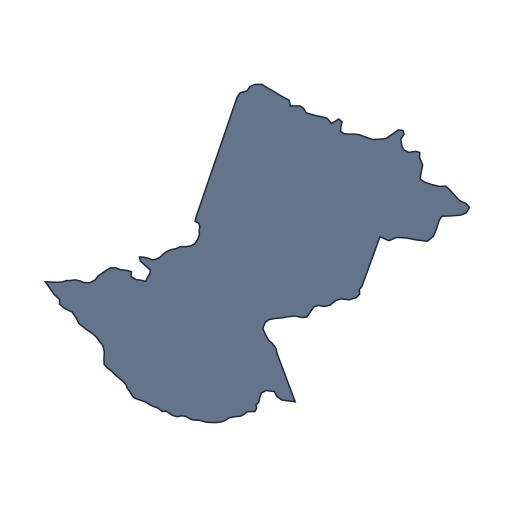 outline of Novo Brasil, Goiás, Brazil, rotated 97°
{"feature_id": "56859067B90226026363141", "entity_name": "Novo Brasil", "entity_type": "district", "adm_level": 2, "iso_a3": "BRA", "parent_name": "Brazil", "parent_adm1": "Goiás", "projection": "natural_earth1", "projection_center": [-50.63, -16.056], "detail": "fine", "context": "isolated", "style": "filled", "palette": "slate", "viewbox_px": 512, "rotation_deg": 97, "n_neighbors": 0, "source": "geoboundaries", "source_scale": "gbopen_adm2", "svg_char_len": 2590}
<svg xmlns="http://www.w3.org/2000/svg" viewBox="0 0 512 512"><g transform="rotate(97 256 256)"><path d="M421.8,330.0L420.9,326.6L422.5,323.1L424.4,319.5L425.1,314.7L423.7,310.3L423.7,306.0L425.2,302.8L426.4,298.8L426.0,291.8L427.1,284.9L426.4,276.5L425.3,271.4L423.5,267.3L419.8,262.8L418.0,257.0L417.0,252.1L415.2,249.2L411.6,245.8L410.5,238.2L407.0,236.8L403.9,237.9L400.8,235.4L395.7,235.0L391.1,233.9L388.3,229.5L388.3,221.3L393.0,218.0L395.8,212.8L395.9,199.3L350.2,223.2L346.2,224.5L343.3,226.7L340.8,229.0L337.9,233.4L332.8,237.1L327.0,240.4L321.0,238.8L317.6,235.5L315.5,228.7L314.2,222.6L312.4,216.8L310.7,209.2L311.5,203.1L310.4,198.2L299.3,192.2L297.5,188.1L297.8,182.1L295.7,176.4L290.3,171.2L288.2,166.0L288.1,158.2L285.0,151.3L281.1,148.4L276.7,149.4L273.7,147.3L221.7,135.3L223.2,130.8L224.6,125.9L220.4,118.7L219.8,108.9L220.5,98.5L220.4,87.8L214.9,82.3L207.7,80.3L203.6,79.5L198.2,78.5L193.9,76.3L192.5,67.7L190.5,57.9L187.6,52.7L181.8,50.0L178.4,54.0L176.2,60.6L171.9,65.8L167.2,71.1L163.5,76.3L164.6,82.1L163.7,90.2L162.0,98.2L159.4,102.6L145.2,101.7L138.2,105.7L133.3,106.0L132.6,110.0L134.5,116.9L132.8,121.9L129.9,124.3L122.3,126.6L117.1,123.9L113.5,125.3L113.5,130.1L116.5,133.3L123.6,141.4L125.2,148.7L126.2,154.8L123.0,168.4L123.0,173.3L123.9,180.5L123.9,183.8L121.8,187.2L116.7,187.6L112.6,186.8L109.9,190.5L115.3,197.3L110.7,202.1L109.9,207.5L109.4,213.2L108.6,218.4L107.8,223.8L103.6,226.7L101.7,230.9L102.9,240.2L97.5,242.0L93.4,252.1L91.1,256.9L88.5,263.3L84.9,271.3L85.9,278.1L88.3,282.4L93.1,285.0L96.2,291.9L100.6,294.1L224.0,320.1L228.9,320.7L230.5,316.8L234.0,315.2L238.1,315.5L241.3,314.8L246.0,315.7L251.5,318.3L254.1,322.4L255.3,326.9L255.8,332.0L258.4,336.1L260.1,341.2L262.4,345.2L265.9,348.8L268.8,350.9L271.2,354.7L272.5,358.5L271.4,362.3L270.9,367.1L271.1,371.5L275.1,370.2L282.9,359.2L286.1,359.2L290.2,361.0L294.6,362.3L294.0,367.9L294.1,371.9L291.6,377.6L286.8,377.8L286.0,382.6L286.1,388.6L284.9,393.5L285.5,398.7L288.1,402.5L290.6,405.3L293.4,408.4L295.5,410.7L299.2,412.6L303.0,418.1L303.3,423.8L302.1,428.2L301.7,432.5L303.0,437.4L303.5,441.2L305.4,445.2L306.3,449.9L307.3,462.0L318.8,451.6L323.2,445.6L327.6,445.2L331.4,439.8L334.0,431.7L339.7,426.6L344.6,423.6L349.8,415.1L352.4,409.8L354.8,406.1L356.8,403.7L359.5,401.2L362.2,398.3L364.9,396.6L369.5,394.9L373.5,394.6L376.8,394.4L382.1,393.5L385.1,390.0L387.5,385.9L391.4,380.9L395.7,374.2L399.1,369.7L403.1,367.5L406.5,364.2L410.6,361.2L412.3,357.8L413.1,353.5L414.3,348.0L415.8,344.8L417.7,340.3L418.7,335.1L421.8,330.0Z" fill="#64748b" stroke="#1e293b" stroke-width="1.5"/></g></svg>